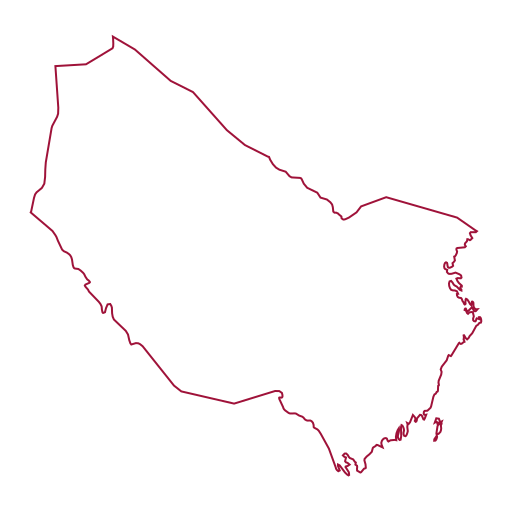 map outline of Västerbotten (orthographic projection)
{"feature_id": "SWE-192", "entity_name": "Västerbotten", "entity_type": "County", "adm_level": 1, "iso_a3": "SWE", "parent_name": "Sweden", "parent_adm1": "", "projection": "orthographic", "projection_center": [19.633, 64.883], "detail": "fine", "context": "isolated", "style": "outline", "palette": "rose", "viewbox_px": 512, "rotation_deg": 0, "n_neighbors": 0, "source": "natural_earth", "source_scale": "10m", "svg_char_len": 6071}
<svg xmlns="http://www.w3.org/2000/svg" viewBox="0 0 512 512"><path d="M30.7,212.4L31.2,211.3L34.0,197.9L35.1,194.4L36.6,192.3L41.9,187.9L44.3,183.7L45.1,177.0L45.3,169.3L45.8,162.3L51.6,128.1L52.3,125.8L57.1,116.8L58.1,113.7L58.3,107.8L55.4,66.1L86.0,64.3L112.5,48.3L113.2,46.5L113.3,43.5L113.1,38.7L112.9,36.6L134.9,49.5L170.7,80.9L193.0,92.1L226.9,130.2L245.0,145.1L267.8,156.6L269.0,156.9L270.2,159.8L272.9,164.2L276.0,167.6L279.4,169.7L285.7,171.7L289.5,176.2L291.6,177.4L300.0,177.9L301.2,178.4L301.8,179.4L303.8,183.7L307.2,187.8L317.3,192.7L320.5,197.6L326.9,199.5L330.4,202.3L332.1,204.5L332.8,207.1L333.3,211.6L334.5,212.7L336.3,212.7L338.2,213.6L338.5,214.1L341.4,216.5L341.5,218.1L342.6,219.2L343.8,219.6L345.4,219.2L348.9,217.6L356.5,212.4L361.1,206.4L386.2,197.2L457.1,217.6L474.9,230.0L476.9,231.2L475.8,232.2L470.7,232.2L469.9,233.2L470.6,235.4L472.3,238.1L470.5,239.9L469.9,240.2L468.0,239.2L467.3,239.2L467.2,240.2L466.9,241.3L465.0,243.4L464.8,244.8L465.8,246.3L464.8,247.3L457.3,248.0L456.5,248.5L456.4,249.7L457.1,251.5L456.8,253.1L455.7,255.4L455.0,256.3L454.2,256.6L454.9,260.5L453.7,262.1L452.5,263.2L453.1,265.8L452.1,266.7L450.0,267.7L448.9,267.8L447.9,267.1L447.5,265.6L447.3,263.8L447.0,262.8L446.0,262.3L445.1,262.9L444.4,264.4L444.1,266.5L444.5,268.3L445.3,269.1L447.2,269.8L446.9,271.9L448.0,273.3L449.1,273.9L451.6,273.8L455.5,272.6L459.5,274.3L461.1,275.5L461.5,277.6L460.8,278.3L457.6,278.1L456.4,278.6L457.5,281.1L458.9,283.0L461.8,285.6L461.8,286.6L460.8,286.6L460.3,287.4L460.5,288.5L461.4,289.6L461.4,290.5L459.8,289.8L456.7,286.5L455.1,285.7L453.8,284.7L452.5,282.5L451.1,280.9L449.6,281.4L449.0,283.4L449.2,285.9L450.0,288.2L451.1,289.8L452.9,290.4L455.0,290.5L456.9,291.3L458.1,293.8L456.9,294.0L457.0,295.4L457.8,297.0L459.0,297.7L461.0,298.0L461.6,298.6L462.6,301.2L463.3,302.0L464.2,304.0L464.8,304.5L465.4,304.1L465.6,303.3L465.4,302.6L465.2,302.6L465.6,300.8L465.6,299.4L466.0,298.8L467.3,299.5L468.6,301.4L470.1,304.1L471.3,305.3L471.9,301.7L472.5,301.6L473.1,302.2L473.4,302.8L473.5,306.2L474.2,307.9L475.2,308.9L476.2,309.3L477.5,309.2L475.9,311.0L475.0,311.3L474.0,310.8L472.3,307.9L471.8,307.4L468.9,310.3L467.1,311.4L466.3,310.0L466.1,309.0L465.7,308.5L465.2,308.6L464.8,309.1L464.6,310.0L465.9,310.5L467.1,313.1L468.0,313.8L469.4,312.4L472.0,312.0L472.8,312.3L473.0,312.9L473.8,316.3L473.1,318.6L473.2,320.2L474.0,321.1L475.2,321.4L475.8,320.9L476.4,318.8L476.8,318.3L479.5,319.2L479.0,317.2L479.9,317.1L480.6,317.8L481.1,319.2L481.3,321.2L480.9,322.6L479.4,322.9L477.9,324.8L476.3,325.8L472.2,333.3L469.7,336.0L468.6,338.0L467.1,339.4L465.7,338.1L464.4,335.8L463.5,334.6L463.9,337.1L463.6,339.7L464.0,340.1L464.5,341.8L463.5,342.2L461.7,343.7L460.7,343.9L459.7,343.3L459.3,342.8L458.9,343.1L451.2,355.8L450.9,356.1L448.7,355.1L448.2,355.8L446.7,360.3L441.8,366.6L440.7,369.4L441.6,371.9L441.2,374.6L438.7,380.7L438.4,383.4L438.6,383.1L438.9,384.9L438.8,385.4L438.2,385.7L438.1,386.4L438.0,389.4L437.9,390.9L437.5,391.6L436.7,391.9L435.8,393.6L434.4,394.5L433.4,396.7L431.1,406.4L430.5,407.8L427.4,410.7L424.6,410.9L423.9,411.8L423.7,413.8L424.2,414.7L425.2,414.9L426.2,414.7L424.9,418.2L424.1,419.6L423.4,419.3L422.0,415.9L421.1,415.0L420.0,414.8L417.0,418.4L416.8,420.3L416.3,421.5L415.6,421.8L414.8,420.9L415.4,419.4L415.3,418.1L414.6,416.9L412.9,415.0L410.0,422.3L408.7,423.9L407.2,423.0L407.6,424.2L407.3,427.0L407.8,431.1L407.4,432.7L406.8,434.4L406.1,435.7L405.4,436.2L404.2,435.8L403.6,434.5L403.5,432.8L404.0,430.6L403.9,429.2L403.3,427.3L402.4,425.6L401.5,425.1L401.0,427.1L401.2,436.1L400.6,439.7L399.7,440.0L398.7,439.0L397.9,437.3L397.9,435.7L398.8,432.0L399.1,430.0L398.9,428.2L397.7,430.1L396.5,433.3L395.9,436.9L396.3,440.2L394.8,439.9L390.5,440.3L388.4,441.5L387.7,440.8L386.9,438.7L386.5,438.3L385.3,438.1L384.0,438.5L382.8,439.5L381.9,440.8L381.3,442.8L381.5,444.4L382.6,447.4L377.5,445.0L376.5,444.9L375.6,446.0L373.3,447.4L372.8,448.0L371.8,451.8L369.4,454.3L366.7,456.5L364.6,458.9L364.4,460.4L365.5,464.3L365.8,467.7L365.6,468.2L364.0,468.7L361.1,472.2L360.3,472.5L357.1,470.6L357.0,468.5L357.2,466.9L357.0,465.7L355.4,464.6L355.8,462.5L354.9,461.9L353.2,459.4L349.8,458.0L348.9,457.0L347.6,454.8L346.1,453.5L344.6,453.6L342.9,455.4L344.3,456.8L346.0,457.5L345.1,461.2L345.9,462.3L347.6,462.9L349.6,464.6L347.7,465.9L345.7,466.5L345.5,467.0L348.8,472.2L349.0,473.3L349.1,475.0L348.5,475.4L347.2,474.6L345.0,472.5L339.7,465.4L338.0,464.5L337.9,465.7L339.7,470.5L338.3,471.2L336.9,470.0L336.0,468.6L335.8,467.6L328.9,448.6L320.8,433.9L318.8,430.8L317.4,429.4L314.2,427.7L313.7,427.1L313.6,424.9L312.9,422.7L311.5,421.1L310.2,420.5L307.6,420.6L306.4,420.3L304.9,419.4L303.4,417.5L302.1,416.6L299.2,415.6L296.0,413.6L294.9,413.4L290.1,413.5L288.7,413.0L285.0,410.3L284.0,409.2L283.5,408.4L283.1,407.1L279.4,399.2L279.1,397.9L279.4,397.5L281.7,397.6L282.2,397.2L282.5,396.3L282.4,394.8L281.9,392.9L279.3,391.1L275.1,391.0L234.1,403.6L181.3,391.4L174.0,385.6L142.6,346.2L140.1,344.2L138.3,343.3L135.9,343.1L131.3,344.5L130.4,343.4L129.3,340.3L128.0,334.5L125.8,330.9L113.9,319.5L112.7,316.7L112.1,313.3L111.9,307.6L111.3,305.8L110.2,304.0L107.6,304.4L106.0,308.2L105.0,312.2L103.4,312.9L102.8,312.8L102.4,312.1L101.9,309.5L101.7,306.9L101.5,306.1L100.4,303.9L98.8,301.8L89.0,291.6L88.0,289.6L85.6,286.9L84.8,285.6L85.4,284.6L89.4,282.8L89.9,282.2L89.8,281.8L88.7,280.5L87.2,279.4L85.4,276.7L84.2,274.2L83.2,272.9L80.7,270.6L78.4,269.0L74.8,268.5L74.1,268.1L73.5,267.2L72.8,265.0L72.0,259.5L71.3,257.2L70.2,255.3L69.1,254.2L66.9,252.6L63.8,251.2L62.1,249.6L57.9,240.7L56.5,237.1L55.5,235.3L52.5,231.0L30.7,212.4ZM438.0,425.1L439.2,424.2L441.2,421.7L441.8,421.4L441.3,422.7L441.6,423.4L441.5,424.0L441.1,424.7L440.9,425.7L441.2,428.3L441.0,430.1L440.4,431.9L438.5,433.9L437.6,433.8L436.7,434.9L436.4,433.4L437.5,426.2L438.0,425.1ZM434.8,422.6L436.3,418.3L438.9,418.7L440.0,421.6L437.0,424.5L437.5,423.5L437.0,422.1L436.3,421.7L434.8,422.6ZM437.1,436.9L436.7,438.4L436.2,439.6L435.4,440.6L434.2,440.7L434.3,439.3L436.7,435.8L436.9,436.0L437.1,436.9Z" fill="none" stroke="#9f1239" stroke-width="2"/></svg>